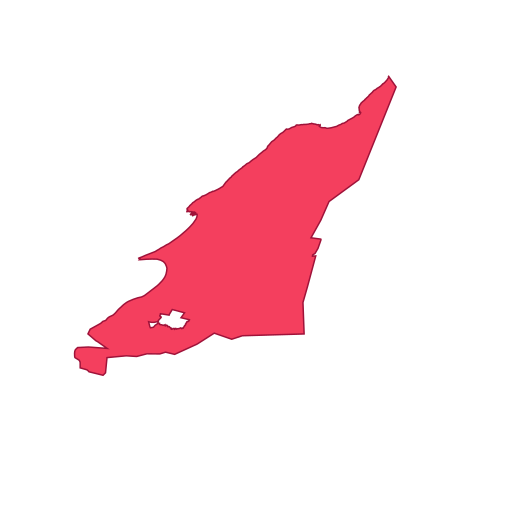 outline of Sveitarfélagið Ölfus, Suðurland, Iceland, rotated 148°
{"feature_id": "244011B93058264602287", "entity_name": "Sveitarfélagið Ölfus", "entity_type": "district", "adm_level": 2, "iso_a3": "ISL", "parent_name": "Iceland", "parent_adm1": "Suðurland", "projection": "natural_earth1", "projection_center": [-21.424, 63.983], "detail": "fine", "context": "isolated", "style": "filled", "palette": "rose", "viewbox_px": 512, "rotation_deg": 148, "n_neighbors": 0, "source": "geoboundaries", "source_scale": "gbopen_adm2", "svg_char_len": 5876}
<svg xmlns="http://www.w3.org/2000/svg" viewBox="0 0 512 512"><g transform="rotate(148 256 256)"><path d="M182.1,252.0L165.2,263.5L128.4,266.2L47.6,325.1L48.3,338.0L48.5,337.9L48.4,337.7L48.7,337.5L49.0,337.1L52.0,335.7L53.7,335.3L54.5,335.0L56.5,334.7L57.5,334.8L57.8,334.5L58.8,334.4L59.8,334.1L61.1,333.9L61.6,334.0L62.0,333.9L62.8,333.9L64.4,334.0L66.3,333.7L67.9,333.9L68.8,333.8L70.2,333.4L70.4,333.2L71.1,333.1L72.4,332.9L73.7,332.6L74.4,332.6L75.1,332.2L75.9,331.9L77.8,331.5L78.3,331.5L79.1,331.2L80.0,331.1L80.4,330.9L80.7,331.0L80.9,330.8L81.7,330.6L83.8,330.4L85.0,330.1L85.8,330.0L86.7,329.5L86.8,329.4L87.5,329.2L88.7,328.5L89.2,328.1L89.6,327.6L90.0,327.4L90.1,327.0L90.3,326.7L90.9,325.4L91.1,325.1L91.2,324.9L91.1,324.7L91.4,324.3L91.5,323.8L92.1,323.0L91.2,322.6L91.2,322.1L91.6,321.8L92.6,321.3L93.4,321.2L94.0,321.3L94.3,321.5L94.3,321.9L95.5,322.2L97.4,322.2L99.4,321.9L101.1,321.9L106.4,322.3L107.1,322.0L110.8,322.0L112.6,322.7L114.2,322.6L116.5,323.1L118.9,323.2L124.3,324.9L127.3,326.2L128.3,326.8L129.4,328.2L131.1,329.2L132.4,330.2L132.9,330.8L133.4,332.0L133.6,332.4L133.1,332.7L132.6,332.7L132.5,333.0L132.2,333.0L132.1,333.3L132.8,333.3L132.8,333.5L133.3,333.9L133.5,334.4L134.2,334.6L134.7,334.9L134.8,335.3L135.1,335.5L135.4,335.9L135.5,336.2L135.9,336.3L136.8,337.3L137.3,337.5L137.6,338.1L138.5,338.7L138.5,339.0L139.2,339.1L140.7,339.8L141.9,340.1L142.5,340.5L143.6,340.9L143.7,341.1L144.2,341.3L145.8,342.3L147.1,342.8L147.9,343.4L149.8,344.1L150.4,344.4L151.6,345.3L152.4,345.6L152.6,346.2L152.7,345.6L153.3,345.3L153.6,345.2L155.1,345.4L157.7,346.1L160.6,346.2L161.8,346.7L162.8,347.2L163.0,347.6L165.6,347.0L167.8,346.6L170.0,346.7L172.0,346.5L173.3,346.0L174.1,345.8L175.2,345.5L176.4,345.4L179.1,344.7L182.2,344.6L186.1,343.3L187.8,342.9L188.1,342.8L188.4,342.4L188.9,342.1L189.5,341.6L191.5,341.1L194.3,341.1L195.3,340.9L199.4,340.4L203.7,339.4L207.4,339.4L210.4,339.1L212.0,338.8L212.8,338.8L214.0,339.0L215.0,339.1L217.4,338.7L219.6,338.6L220.1,338.6L220.3,338.3L225.4,337.9L226.8,337.5L228.8,337.5L232.3,336.9L233.1,336.7L234.1,336.6L235.5,336.0L237.3,335.9L238.6,335.4L240.3,335.1L241.1,334.7L242.3,334.6L247.2,332.6L252.6,332.7L256.3,333.1L257.8,333.4L258.3,333.6L258.6,333.9L259.1,333.8L261.0,334.1L261.9,334.4L263.2,334.3L266.2,334.4L268.6,334.8L269.3,335.1L270.4,335.2L272.3,334.8L273.4,334.9L274.0,334.7L274.6,334.7L275.4,335.0L277.6,335.0L279.6,334.7L281.4,334.7L283.0,334.2L285.5,333.8L286.3,333.4L288.0,333.0L288.9,332.9L289.5,332.6L289.7,332.1L289.5,331.9L289.4,331.7L289.7,331.2L290.9,330.6L291.1,330.2L290.0,329.7L289.8,329.9L289.4,329.7L289.5,329.5L289.0,328.8L287.5,328.0L287.2,327.7L287.1,327.3L287.1,327.1L289.5,325.9L289.5,325.6L289.2,325.5L289.2,325.9L288.3,326.3L288.2,326.3L287.0,326.9L286.5,327.1L285.9,326.5L285.9,326.4L285.7,326.3L286.6,326.1L286.8,325.9L286.0,326.1L285.9,325.8L286.0,325.6L284.9,325.3L284.8,325.2L285.3,324.9L284.7,324.7L285.0,324.4L287.0,325.0L287.1,324.9L287.2,324.7L285.2,324.2L285.2,323.7L285.0,324.1L284.5,324.0L284.7,323.2L285.2,323.3L285.2,323.5L285.5,323.2L288.0,324.0L287.8,324.7L287.5,325.4L287.6,325.6L287.8,325.3L288.2,325.4L288.0,325.2L288.4,323.8L288.1,323.7L287.9,323.9L283.9,322.7L284.0,322.2L284.5,321.5L285.4,320.5L287.0,319.3L287.5,319.0L292.2,317.0L297.2,315.6L302.0,314.6L310.1,313.4L313.5,313.1L323.7,312.6L326.0,312.9L329.4,312.9L332.4,313.2L334.5,313.1L336.8,313.2L339.2,313.2L349.2,315.1L353.4,315.7L356.2,316.3L356.6,316.3L356.6,315.9L356.1,315.4L355.8,314.9L356.8,314.6L355.6,313.9L350.4,311.2L345.8,308.5L341.5,305.7L339.0,302.9L337.5,300.3L337.0,297.7L337.4,294.9L338.0,292.8L339.8,290.5L342.0,288.2L344.1,286.7L346.1,285.7L348.7,284.7L353.4,283.5L355.6,283.1L371.0,281.6L372.1,281.6L374.7,281.9L378.4,283.2L383.0,284.3L388.1,285.1L390.4,285.2L394.1,284.9L401.0,283.6L405.5,282.2L408.0,281.7L409.3,281.7L412.3,282.1L413.5,282.1L414.3,282.0L415.3,281.8L416.8,281.2L417.7,281.1L418.5,281.2L420.5,281.7L423.3,281.2L424.1,281.2L435.4,281.8L439.8,279.0L436.7,269.0L435.7,267.2L431.2,256.5L443.7,265.7L446.5,267.7L455.8,272.9L458.2,272.4L458.9,272.2L460.2,271.2L461.4,269.7L462.8,267.3L463.3,266.2L463.3,265.6L461.3,261.6L461.2,260.8L461.3,259.8L461.6,258.8L464.4,254.3L460.5,250.0L459.7,249.0L459.3,248.0L459.0,246.3L448.9,235.9L445.5,236.7L436.2,248.8L418.9,240.1L410.4,234.0L400.4,230.9L389.4,223.9L383.7,222.4L377.1,215.7L352.5,212.5L332.3,212.7L320.7,198.3L309.8,195.6L256.5,164.4L240.8,191.7L228.4,202.9L205.3,224.4L208.2,225.9L207.4,226.9L204.6,226.9L199.4,229.6L192.3,235.3L192.1,236.0L199.7,242.3L182.1,252.0ZM356.7,233.8L357.4,233.7L357.6,234.0L357.8,234.9L359.9,235.3L361.0,235.9L362.2,236.1L362.3,236.2L362.2,236.6L362.2,236.9L362.5,237.2L363.6,237.0L364.0,237.0L364.0,237.3L363.6,237.6L363.9,238.1L365.3,238.4L366.1,238.4L366.5,238.6L366.6,238.8L366.1,239.5L366.5,239.6L366.4,240.0L366.6,240.3L366.6,240.6L366.9,241.1L366.9,241.8L367.1,242.2L367.4,242.5L368.1,242.6L368.4,242.9L368.4,243.0L368.1,243.3L368.1,243.9L368.2,244.4L368.6,244.8L369.7,244.7L370.0,244.9L370.1,245.1L369.6,245.9L370.4,246.0L371.5,246.4L371.6,246.5L371.6,246.8L372.0,247.0L372.5,247.7L373.7,248.6L374.1,249.2L374.1,249.4L373.5,250.0L374.0,250.5L374.3,251.1L374.3,251.3L376.0,250.7L378.2,250.7L380.7,249.9L383.6,251.1L383.4,252.5L381.9,257.2L379.9,255.2L377.5,253.7L373.6,252.3L373.0,252.6L373.0,253.1L372.0,253.4L369.7,253.9L368.8,254.4L368.8,254.7L369.2,254.9L369.0,255.4L369.3,255.8L369.4,256.1L369.1,256.6L368.5,256.8L367.9,256.9L367.8,257.6L367.6,257.7L361.0,251.9L360.3,252.5L355.4,255.0L346.7,245.7L352.3,243.4L346.2,237.2L346.4,237.0L347.0,237.0L347.4,236.5L347.6,236.4L348.6,236.5L348.7,236.8L349.0,236.9L349.8,236.7L350.5,236.1L350.9,236.1L351.4,235.7L351.9,235.6L352.1,235.1L352.8,234.8L353.5,234.8L353.7,234.7L353.8,234.4L354.1,234.3L355.0,234.0L355.5,233.9L355.6,233.5L355.8,233.4L356.2,233.4L356.7,233.8Z" fill="#f43f5e" stroke="#9f1239" stroke-width="1.5"/></g></svg>